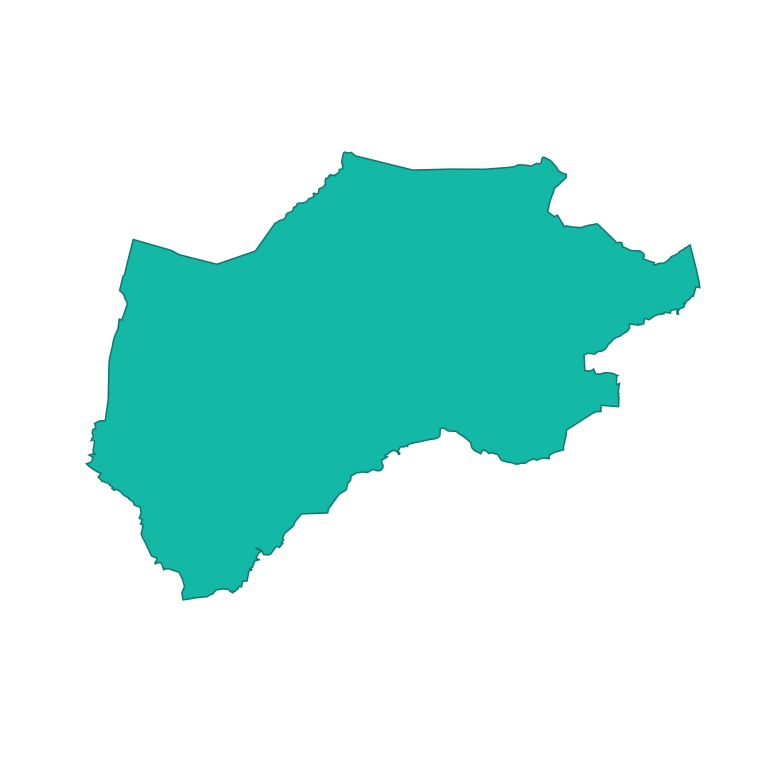 Churintzio, Michoacán, Mexico (Robinson projection), rotated 105°
{"feature_id": "50627088B84836329176136", "entity_name": "Churintzio", "entity_type": "district", "adm_level": 2, "iso_a3": "MEX", "parent_name": "Mexico", "parent_adm1": "Michoacán", "projection": "robinson", "projection_center": [-102.078, 20.14], "detail": "fine", "context": "isolated", "style": "filled", "palette": "teal", "viewbox_px": 768, "rotation_deg": 105, "n_neighbors": 0, "source": "geoboundaries", "source_scale": "gbopen_adm2", "svg_char_len": 6172}
<svg xmlns="http://www.w3.org/2000/svg" viewBox="0 0 768 768"><g transform="rotate(105 384 384)"><path d="M543.1,638.1L543.5,634.3L548.0,636.0L549.7,632.4L550.8,631.8L551.5,623.0L552.5,623.1L554.2,619.1L555.3,619.8L556.6,617.2L555.0,615.6L555.5,612.8L556.7,609.7L557.9,608.3L559.6,604.1L560.0,600.9L560.9,601.0L562.7,595.9L565.6,593.8L566.1,587.6L571.4,585.3L577.2,585.6L577.4,582.4L582.2,583.0L582.1,580.7L584.4,580.4L584.5,579.9L591.6,579.8L595.9,576.5L598.1,574.3L609.9,564.4L610.5,563.2L610.7,559.8L611.4,558.1L613.7,558.1L615.4,558.9L615.7,558.6L616.8,558.6L614.4,554.5L615.0,552.7L616.3,551.2L618.9,549.9L620.4,548.6L619.6,547.9L618.2,544.3L618.9,533.3L624.3,528.4L631.2,524.3L638.1,525.2L644.5,522.2L642.3,516.9L639.5,511.2L635.1,499.5L633.2,498.3L631.2,495.2L626.6,492.9L625.2,490.5L624.0,487.3L623.7,487.4L622.7,481.2L624.4,478.1L624.7,475.6L623.1,475.8L623.0,474.2L621.4,473.8L619.8,471.9L618.1,472.2L617.1,471.4L616.8,469.1L611.1,469.7L609.8,465.3L600.8,466.0L598.6,465.7L598.5,464.2L597.6,463.7L597.1,466.0L596.1,465.2L595.7,464.2L594.8,463.5L588.4,463.2L586.2,459.2L585.9,459.1L585.5,462.7L579.7,461.3L576.9,458.8L580.0,456.1L579.0,451.4L577.6,449.5L568.5,445.9L568.9,442.7L564.1,440.5L564.1,442.0L562.4,441.5L560.8,440.5L559.0,441.8L558.0,442.1L553.7,441.1L545.6,435.5L543.7,434.5L541.7,434.6L539.8,434.1L534.2,431.7L530.8,429.9L523.1,405.0L519.0,405.3L502.5,399.0L498.9,395.9L496.6,393.4L494.6,392.9L489.8,393.5L486.9,391.8L485.4,391.4L481.5,392.0L476.6,387.2L476.1,385.1L475.6,384.6L474.5,381.8L473.8,377.7L473.2,376.5L469.6,373.0L469.3,371.9L469.6,368.6L468.7,365.4L468.0,364.8L465.6,363.6L463.3,363.6L460.0,366.1L458.4,366.6L453.6,362.0L453.1,365.0L452.5,364.6L451.1,362.5L449.1,361.4L445.5,357.8L445.9,353.9L447.5,352.4L448.2,351.3L447.7,350.8L447.0,350.7L445.2,353.0L441.6,352.3L440.2,351.4L439.9,348.9L438.4,347.3L438.0,346.1L438.2,345.1L436.4,345.2L434.4,342.2L432.4,338.6L429.2,331.8L428.7,331.5L428.2,330.6L427.6,328.7L425.8,325.8L423.8,320.7L422.0,318.1L419.7,316.6L412.9,318.0L411.9,317.1L411.1,315.2L411.2,314.4L412.7,310.2L412.7,309.6L411.1,302.0L412.8,298.1L414.8,291.8L418.1,285.2L422.8,282.7L424.8,279.5L426.3,272.5L422.4,271.6L422.1,269.5L422.6,267.3L424.0,264.7L423.3,263.5L422.5,262.8L422.8,255.6L427.0,251.4L427.5,248.9L427.4,242.6L426.9,239.9L427.0,238.0L427.4,236.3L426.5,233.5L424.8,230.6L424.5,228.8L423.8,226.9L419.9,223.5L418.3,220.8L417.4,220.4L418.1,216.9L415.3,213.0L414.2,210.5L413.6,207.9L413.7,206.2L413.4,205.1L412.8,205.1L411.7,206.1L410.1,205.3L409.1,205.2L407.2,202.8L406.0,201.9L401.1,193.5L398.3,194.4L386.6,194.8L381.2,195.7L359.2,175.8L355.8,172.0L354.5,167.3L348.4,168.8L345.2,151.6L338.1,153.1L337.8,153.5L336.3,153.5L335.4,153.9L335.2,154.7L332.8,154.5L332.8,155.5L322.5,156.7L324.0,158.4L324.3,159.4L315.8,161.3L315.4,160.6L314.5,165.9L315.6,172.8L318.3,177.8L319.5,182.2L315.3,185.4L316.7,186.5L318.8,189.5L318.9,190.6L318.6,190.6L319.2,193.3L304.1,198.4L303.7,197.4L301.5,195.3L300.7,188.8L300.2,187.8L298.4,186.7L297.2,185.5L296.3,182.8L294.5,180.5L291.7,178.7L288.2,177.8L285.1,175.8L281.4,174.0L278.9,171.6L276.6,168.3L274.2,166.7L271.1,163.6L268.3,161.8L265.9,161.2L262.5,162.8L261.3,153.7L260.8,153.8L260.1,151.1L258.5,148.7L254.6,149.3L253.0,148.9L253.4,144.7L248.1,140.2L246.1,137.5L243.6,131.6L242.2,131.9L241.3,125.6L238.8,126.1L235.7,120.3L240.4,119.2L240.4,117.8L237.7,118.8L234.1,117.4L233.4,115.5L232.3,114.4L232.0,114.5L230.8,114.0L228.4,115.2L228.5,113.7L226.7,113.8L225.2,112.8L223.7,111.3L219.2,109.2L219.2,107.9L209.3,107.8L209.3,103.9L204.1,105.9L191.0,112.8L170.5,124.3L170.9,124.9L173.8,127.1L175.2,128.9L176.5,129.4L179.6,132.9L181.5,133.5L185.2,137.3L185.4,138.0L186.6,139.4L190.9,141.6L194.7,144.7L195.5,147.5L197.1,150.9L198.2,151.9L199.1,154.2L196.9,154.1L196.1,166.0L193.5,165.9L191.3,166.4L189.4,170.2L189.5,170.8L190.0,171.2L189.4,171.8L189.9,174.8L190.7,177.2L191.1,180.4L190.9,182.1L189.9,186.1L190.0,189.0L187.9,189.6L185.8,191.3L187.4,196.9L186.7,197.1L186.2,197.5L174.2,219.1L174.4,220.7L175.4,222.2L177.9,227.8L182.1,234.5L183.8,243.9L183.9,248.3L185.4,250.7L183.7,252.1L176.0,260.2L178.3,262.8L175.3,270.3L173.8,270.6L163.0,271.0L160.8,270.5L158.2,270.6L155.9,269.9L153.5,270.0L152.8,270.2L150.6,269.9L147.1,267.4L137.5,261.5L134.3,262.1L134.0,267.0L132.6,271.3L130.0,273.4L126.1,279.2L124.9,281.7L123.5,288.3L123.8,289.0L125.0,289.6L126.2,289.8L129.0,289.4L130.2,289.9L131.3,291.0L131.4,293.5L133.8,296.5L135.4,298.0L136.0,304.1L137.6,311.1L140.2,314.2L142.2,318.7L150.6,342.6L159.3,375.7L169.9,411.5L171.0,470.5L169.1,474.9L168.8,476.0L170.2,478.0L170.2,482.2L171.5,482.9L179.7,482.5L182.0,481.7L182.8,480.7L182.9,480.1L183.9,480.6L184.8,480.4L186.4,479.3L187.0,479.9L188.4,482.7L191.2,482.1L192.2,483.3L194.2,484.5L194.7,485.6L195.7,485.5L195.5,487.3L196.4,488.8L195.4,489.7L197.3,491.1L198.0,490.7L198.9,491.2L200.8,493.5L203.8,493.2L204.0,492.9L205.1,492.8L207.2,492.2L207.2,492.7L208.0,493.2L209.1,493.2L210.1,494.1L210.1,494.6L210.5,494.5L211.6,496.4L212.5,497.2L216.3,496.9L217.9,497.7L217.9,501.4L218.4,501.7L220.7,500.2L221.0,500.7L221.9,501.0L222.6,501.7L224.5,504.6L227.2,505.7L228.1,506.3L229.3,507.8L230.5,510.0L231.2,512.8L232.2,514.3L235.3,515.0L236.1,516.2L237.2,517.1L239.1,516.8L240.6,517.3L242.0,518.6L243.9,521.5L244.7,521.7L245.4,522.3L245.8,522.2L246.3,522.4L248.1,522.0L250.3,523.1L251.6,524.6L252.9,526.9L254.1,528.1L255.3,528.8L256.9,530.8L288.9,542.7L310.6,574.9L311.6,576.9L312.1,615.4L310.0,624.1L309.3,663.6L337.7,663.2L345.7,662.9L348.0,664.1L351.0,663.8L362.2,663.6L363.2,661.3L365.0,658.6L365.9,657.9L367.4,657.1L369.5,655.5L370.6,654.2L373.1,652.6L386.3,653.5L390.2,654.0L389.9,656.5L398.3,655.4L398.3,655.1L406.2,656.3L412.8,656.6L418.2,656.1L428.8,655.8L433.7,655.3L470.7,646.3L491.6,643.8L492.8,648.2L493.8,649.8L497.0,653.4L500.5,651.1L501.5,651.6L503.8,653.5L506.5,653.3L509.1,651.6L510.8,651.0L511.3,651.0L512.0,652.1L514.3,652.1L513.4,651.3L514.0,649.0L516.0,648.4L522.6,648.0L525.4,647.2L525.5,646.2L526.8,645.0L527.7,648.8L529.0,650.5L530.1,646.3L533.7,646.2L535.6,647.1L538.1,650.8L540.5,646.1L543.1,638.1ZM576.9,458.8L575.9,465.1L575.6,465.1L575.9,460.8L576.9,458.8Z" fill="#14b8a6" stroke="#0f766e" stroke-width="1.5"/></g></svg>